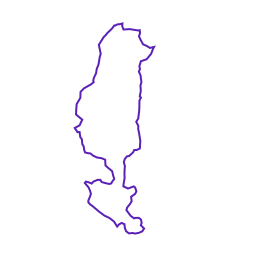 outline of Kallepeia, Paphos, Cyprus, rotated 39°
{"feature_id": "46923920B45563659246862", "entity_name": "Kallepeia", "entity_type": "district", "adm_level": 2, "iso_a3": "CYP", "parent_name": "Cyprus", "parent_adm1": "Paphos", "projection": "orthographic", "projection_center": [32.512, 34.84], "detail": "fine", "context": "isolated", "style": "outline", "palette": "violet", "viewbox_px": 256, "rotation_deg": 39, "n_neighbors": 0, "source": "geoboundaries", "source_scale": "gbopen_adm2", "svg_char_len": 2062}
<svg xmlns="http://www.w3.org/2000/svg" viewBox="0 0 256 256"><g transform="rotate(39 128 128)"><path d="M57.9,50.3L56.6,52.1L54.6,54.1L53.4,56.7L52.8,57.0L53.0,60.6L52.6,64.4L52.2,66.9L52.2,69.9L51.9,72.7L53.0,81.7L60.1,87.5L61.3,90.5L65.1,97.2L66.5,101.7L68.8,105.7L69.9,110.4L71.2,113.1L72.5,114.0L71.7,117.6L70.5,120.6L68.8,125.0L68.4,129.8L72.0,134.6L73.1,141.8L76.2,146.3L79.1,150.2L83.1,150.3L87.2,150.3L88.7,156.4L86.6,161.5L91.4,163.0L92.9,161.6L96.6,165.1L99.3,165.8L102.5,169.2L105.1,170.2L108.3,173.0L110.1,174.0L113.0,172.6L114.8,171.4L117.9,171.5L122.3,170.5L126.7,168.0L130.2,167.0L134.1,171.3L138.3,171.5L142.8,171.5L146.0,174.0L149.4,176.3L149.4,178.8L149.8,181.7L148.7,183.3L144.8,185.2L141.4,186.6L139.2,185.7L137.0,187.4L134.9,191.3L134.7,194.1L131.1,195.1L129.0,196.2L129.0,197.9L134.8,199.0L137.9,200.6L140.5,202.4L141.4,204.5L142.7,208.9L143.0,209.5L143.9,210.7L146.7,211.2L149.9,211.0L152.9,211.1L158.0,211.2L164.9,210.9L170.3,209.6L175.9,209.5L181.6,211.4L181.7,208.5L182.8,205.8L185.8,205.0L188.4,207.6L191.4,209.4L195.0,209.3L195.8,208.6L197.6,206.7L199.9,205.6L202.4,202.7L204.1,199.3L203.8,196.0L199.2,195.5L198.3,193.1L195.7,191.0L193.0,191.0L191.7,192.1L190.3,193.2L189.6,194.4L185.3,194.6L182.6,193.9L178.4,192.8L177.4,190.3L177.4,186.1L176.9,182.6L173.7,179.5L175.0,174.7L174.4,172.0L171.9,170.3L171.0,169.8L169.2,169.8L167.1,173.4L166.1,175.0L163.0,175.8L161.2,176.3L159.7,174.1L157.8,170.7L156.7,168.8L154.3,166.1L152.5,163.8L150.8,161.4L149.6,159.6L146.2,157.1L145.0,154.1L145.0,150.7L146.5,149.1L147.3,143.7L146.7,141.2L148.6,139.6L150.1,136.5L148.1,133.7L145.8,130.4L140.4,125.5L136.4,122.2L134.7,119.9L130.5,118.0L130.0,114.2L127.6,110.4L126.4,108.4L123.7,104.6L121.2,101.5L119.6,99.4L118.9,96.2L117.3,96.1L114.5,91.0L111.0,87.2L109.4,83.7L107.0,81.5L104.5,79.1L101.0,77.4L100.2,74.6L98.0,72.9L96.0,68.0L99.2,62.9L99.3,55.8L97.7,51.0L97.2,48.6L94.6,52.0L91.0,52.4L87.1,53.5L82.2,51.5L78.8,49.8L77.7,46.8L75.5,44.6L74.7,45.7L67.1,50.1L62.5,54.3L59.3,52.4L57.9,50.3Z" fill="none" stroke="#5b21b6" stroke-width="2"/></g></svg>